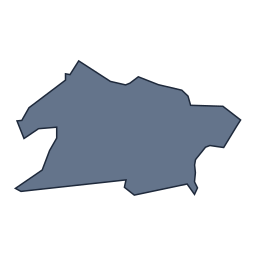 Union, New Jersey, United States of America (Albers equal-area conic projection)
{"feature_id": "52423323B67748143135818", "entity_name": "Union", "entity_type": "district", "adm_level": 2, "iso_a3": "USA", "parent_name": "United States of America", "parent_adm1": "New Jersey", "projection": "albers", "projection_center": [-74.293, 40.666], "detail": "fine", "context": "isolated", "style": "filled", "palette": "slate", "viewbox_px": 256, "rotation_deg": 0, "n_neighbors": 0, "source": "geoboundaries", "source_scale": "gbopen_adm2", "svg_char_len": 668}
<svg xmlns="http://www.w3.org/2000/svg" viewBox="0 0 256 256"><path d="M223.7,147.5L236.6,126.3L240.6,120.0L222.9,106.3L190.6,105.3L188.0,96.1L181.8,90.2L158.4,84.7L138.3,76.8L130.0,83.1L125.6,84.9L110.4,81.4L78.7,60.9L70.0,74.6L65.5,73.8L65.5,80.1L29.0,107.7L21.8,120.4L17.0,120.9L24.0,138.5L38.5,128.7L56.7,127.2L56.7,138.1L49.6,150.5L42.2,170.0L15.4,188.4L21.0,191.4L33.5,190.0L87.5,184.1L101.5,182.6L126.0,179.9L124.4,187.3L134.3,195.1L187.1,184.0L194.5,194.4L197.5,187.9L194.5,181.8L195.4,172.7L194.6,165.0L195.5,159.7L196.7,158.1L199.0,155.3L205.5,147.2L209.9,145.5L217.3,146.6L223.6,147.5L223.7,147.5Z" fill="#64748b" stroke="#1e293b" stroke-width="1.5"/></svg>